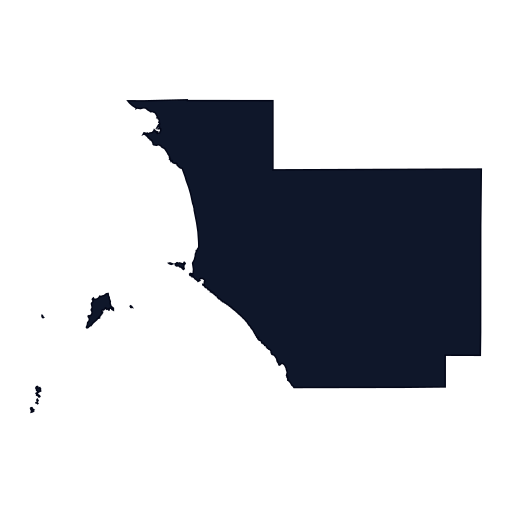 Elliston, South Australia, Australia
{"feature_id": "25037944B88670568151833", "entity_name": "Elliston", "entity_type": "district", "adm_level": 2, "iso_a3": "AUS", "parent_name": "Australia", "parent_adm1": "South Australia", "projection": "equal_earth", "projection_center": [134.757, -33.574], "detail": "fine", "context": "isolated", "style": "filled", "palette": "ink", "viewbox_px": 512, "rotation_deg": 0, "n_neighbors": 0, "source": "geoboundaries", "source_scale": "gbopen_adm2", "svg_char_len": 6022}
<svg xmlns="http://www.w3.org/2000/svg" viewBox="0 0 512 512"><path d="M481.3,169.1L272.9,169.9L272.9,100.7L187.3,100.6L187.3,99.8L143.4,100.9L127.8,100.8L129.5,102.9L132.4,105.5L136.4,108.1L136.3,108.4L137.0,108.0L140.5,108.6L143.2,107.8L145.6,108.0L148.2,110.2L149.7,110.9L150.5,111.7L153.1,111.6L153.6,112.1L154.5,112.2L155.7,113.5L157.2,116.3L157.3,117.0L157.1,117.5L157.5,117.4L158.3,118.9L158.9,119.0L159.3,120.4L159.4,121.2L158.8,122.3L159.7,123.2L159.6,124.6L158.6,124.8L157.2,127.3L158.4,126.6L159.1,126.6L159.6,127.1L159.3,127.5L159.4,128.4L158.4,128.8L159.0,128.9L160.1,128.5L160.7,128.7L160.8,130.7L160.0,131.8L159.8,132.8L159.3,133.2L157.8,133.1L157.0,133.9L157.3,133.0L156.7,132.6L157.5,132.4L157.7,131.9L154.7,131.0L154.6,130.3L154.8,130.9L155.2,130.8L154.2,129.8L153.9,130.7L152.3,132.6L149.4,133.1L148.2,133.9L147.8,133.8L147.4,133.1L146.3,133.4L144.0,132.8L143.3,134.1L143.8,133.8L144.0,134.2L144.9,134.0L144.9,134.4L145.3,134.4L145.8,135.1L146.4,135.3L146.5,135.8L146.8,135.7L147.7,136.6L148.0,137.5L150.0,139.1L150.3,139.9L151.4,140.0L152.9,142.7L153.2,144.4L153.7,144.8L156.7,145.3L157.9,144.7L159.8,145.0L159.9,145.3L161.2,146.1L162.0,147.2L164.6,148.5L167.5,152.8L168.2,154.4L168.7,154.8L169.5,156.5L169.5,157.7L170.2,158.3L169.6,159.2L170.2,159.5L171.0,161.2L171.4,160.6L172.2,160.6L172.4,162.0L173.1,162.8L175.1,163.4L175.4,163.0L176.5,163.3L176.5,163.8L177.3,164.0L177.4,164.3L177.1,164.5L177.1,165.0L179.1,167.0L180.3,167.9L182.2,168.3L185.3,176.9L186.3,180.5L188.8,187.3L190.7,193.9L192.8,203.8L193.3,204.9L194.2,208.8L194.2,210.1L196.7,222.8L198.0,231.7L198.7,242.1L198.8,246.5L198.5,247.8L197.4,249.3L197.0,250.8L196.3,250.7L196.3,252.0L195.4,254.0L195.3,256.1L194.3,259.9L192.6,263.1L193.5,269.2L193.2,273.3L192.5,274.1L191.8,273.6L191.2,273.9L190.3,273.4L189.6,274.1L189.8,275.1L190.3,275.6L191.4,275.1L191.5,275.8L191.7,276.2L192.1,276.1L192.1,276.6L193.2,276.3L193.1,277.0L193.8,277.2L195.3,279.1L195.9,279.0L196.3,279.7L197.7,280.8L198.0,281.4L199.6,280.6L199.2,280.4L199.3,279.8L200.5,278.3L203.0,278.6L204.6,280.0L204.9,281.1L204.8,281.8L204.3,281.9L204.3,283.2L203.9,284.3L203.5,284.6L202.8,284.4L202.9,285.0L203.5,285.0L203.6,285.4L203.9,285.5L204.5,285.3L204.6,286.3L204.9,286.4L205.0,287.0L206.0,287.7L207.3,288.0L208.2,289.7L209.4,289.8L210.2,290.8L210.7,290.9L210.5,291.8L211.3,291.9L211.6,292.2L212.5,292.1L212.5,292.9L213.8,293.1L214.0,294.1L215.3,294.8L215.5,295.5L216.9,295.9L217.3,296.6L217.3,297.0L217.7,297.6L218.7,298.5L219.2,298.5L219.2,298.9L219.8,298.9L221.0,300.0L221.2,300.6L222.0,300.7L222.6,301.7L224.2,302.0L224.4,302.6L226.6,303.7L227.2,304.6L228.3,304.7L229.4,306.1L230.7,306.5L230.7,306.9L231.4,307.2L231.4,307.6L232.0,307.7L232.2,308.2L233.7,309.5L234.2,309.5L234.3,309.9L235.8,311.0L236.3,311.7L237.5,312.5L238.5,313.8L240.3,314.8L240.3,315.3L241.9,316.5L242.7,317.6L244.8,319.4L245.9,321.0L246.5,321.2L248.9,325.0L250.5,326.5L251.0,327.7L253.0,330.1L254.8,333.6L255.4,334.1L255.6,335.1L256.2,335.6L256.8,337.2L257.2,337.5L258.3,337.5L257.9,338.1L257.8,338.8L258.5,339.1L259.0,340.1L261.2,340.8L261.8,342.9L262.9,342.9L263.0,343.5L263.6,343.5L263.6,343.9L264.7,344.8L264.7,345.4L265.5,345.4L266.3,345.9L266.4,346.9L267.0,347.3L267.3,348.1L268.1,348.4L268.7,349.2L269.4,349.2L270.4,350.1L271.3,351.7L271.1,352.5L271.4,353.2L271.8,353.3L271.9,354.3L274.1,355.1L274.9,356.0L276.4,358.2L277.1,360.2L277.0,360.6L277.3,360.6L277.5,361.8L277.9,362.0L277.8,362.3L278.7,363.6L278.7,364.2L279.2,365.1L280.0,364.8L281.5,363.3L283.1,363.6L284.7,365.1L286.2,368.2L286.4,369.5L287.3,372.3L286.5,375.6L287.0,376.5L287.5,376.5L287.1,377.3L287.8,377.7L287.6,378.9L287.9,379.3L287.8,380.2L288.3,380.3L290.4,382.5L292.0,385.3L293.0,386.0L294.0,387.5L403.0,387.3L445.2,386.9L445.2,355.2L480.3,355.3L480.6,332.2L480.7,225.3L481.3,169.1ZM87.7,322.5L87.3,325.1L86.4,327.2L86.7,327.8L87.7,327.8L90.2,325.5L90.9,325.7L93.1,322.9L96.9,319.6L97.4,318.6L99.6,317.9L99.6,317.6L99.0,317.1L100.6,315.5L101.3,314.1L101.9,313.8L102.0,313.1L102.5,312.8L102.6,312.0L101.6,311.6L102.0,310.2L102.6,309.7L103.6,310.0L105.4,307.9L105.9,308.0L106.3,309.1L106.9,309.4L107.9,308.7L108.7,309.6L109.0,310.6L109.3,308.5L110.0,308.1L111.4,308.3L111.9,309.4L113.4,310.2L113.4,308.2L111.3,306.5L110.8,305.7L110.1,303.2L110.3,301.2L109.7,300.3L109.6,299.4L109.2,298.8L109.2,297.2L108.5,296.2L108.1,293.5L106.3,293.8L104.2,295.5L101.7,296.2L101.0,296.8L99.9,296.1L98.4,298.2L96.2,299.3L94.0,299.3L93.4,298.0L92.6,298.7L92.3,299.5L93.0,300.4L92.9,301.8L91.5,303.3L91.5,304.2L92.2,307.1L92.0,308.4L91.3,309.3L91.7,309.7L91.3,310.3L92.1,311.8L92.0,313.5L91.3,314.8L90.2,315.8L89.7,315.9L89.1,315.6L88.2,316.0L88.2,316.7L89.1,318.0L89.4,319.7L88.9,321.1L87.7,322.5ZM184.2,268.6L184.0,267.8L183.4,267.6L183.5,266.9L183.8,266.5L184.0,264.9L185.2,263.6L184.8,262.8L184.2,262.3L183.2,264.0L179.4,262.9L178.3,263.3L177.2,262.7L176.6,262.9L176.6,263.5L175.2,263.8L175.3,264.9L176.2,265.8L176.7,265.7L176.9,265.9L177.1,265.6L177.5,265.8L178.2,265.4L179.8,266.9L181.1,267.1L181.7,267.9L182.2,267.8L182.8,268.5L182.7,268.9L183.5,269.4L184.0,268.6L184.2,268.6ZM37.6,395.3L38.8,396.9L39.5,396.9L39.9,396.4L39.4,395.6L37.6,394.5L37.2,393.6L38.3,392.2L40.7,391.0L40.3,389.8L40.6,388.9L39.8,387.6L39.0,388.0L37.8,388.0L37.8,386.7L37.3,386.4L36.5,386.7L35.8,388.0L36.5,389.3L36.6,390.4L37.8,391.4L37.8,391.7L37.4,392.5L36.1,393.3L37.2,394.4L36.1,395.5L36.7,395.2L37.6,395.3ZM31.2,412.2L32.7,411.8L33.7,411.0L32.5,410.3L32.8,409.8L32.7,409.5L33.3,409.4L32.3,408.7L32.0,407.7L31.1,407.7L30.7,408.1L31.0,408.3L30.8,409.2L31.0,409.8L31.7,410.1L31.2,412.2ZM171.3,264.4L172.6,263.9L170.0,262.9L168.7,263.2L169.3,263.7L171.3,264.4ZM42.0,315.3L42.0,316.4L42.5,317.5L43.1,317.7L43.6,317.4L42.9,316.8L42.4,315.4L42.0,315.3ZM130.7,307.4L131.1,307.6L131.5,307.1L132.2,307.3L131.5,306.3L130.5,305.8L130.2,306.3L130.7,306.8L130.7,307.4ZM37.4,401.4L38.1,400.6L37.3,399.2L37.0,399.5L37.2,400.4L37.0,400.6L37.4,401.4ZM35.4,402.8L36.9,403.1L37.6,403.7L37.9,403.4L36.9,402.4L35.4,402.8Z" fill="#0f172a" stroke="#020617" stroke-width="1.5"/></svg>